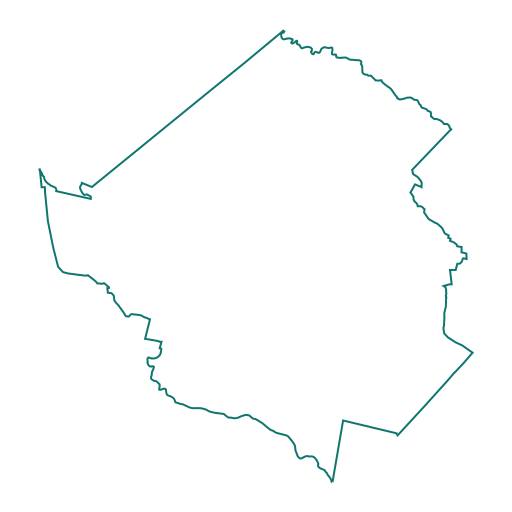 the district of Doctor González, Nuevo León, Mexico
{"feature_id": "50627088B24522967605767", "entity_name": "Doctor González", "entity_type": "district", "adm_level": 2, "iso_a3": "MEX", "parent_name": "Mexico", "parent_adm1": "Nuevo León", "projection": "mercator", "projection_center": [-99.796, 25.845], "detail": "fine", "context": "isolated", "style": "outline", "palette": "teal", "viewbox_px": 512, "rotation_deg": 0, "n_neighbors": 0, "source": "geoboundaries", "source_scale": "gbopen_adm2", "svg_char_len": 5929}
<svg xmlns="http://www.w3.org/2000/svg" viewBox="0 0 512 512"><path d="M451.2,129.4L449.8,127.9L449.2,125.9L447.7,124.3L446.8,124.0L444.0,124.0L443.1,122.8L442.1,121.7L439.9,120.2L437.0,119.1L436.0,118.9L434.5,119.1L433.2,118.3L432.7,117.7L431.0,116.4L430.9,112.8L430.6,112.0L429.8,111.6L427.7,110.8L426.7,109.5L426.2,109.1L421.7,107.5L421.3,107.0L420.7,105.3L419.4,104.2L417.6,100.5L416.2,99.9L414.4,99.8L413.6,99.4L411.8,98.0L410.4,97.5L406.9,97.7L404.9,98.5L401.4,99.3L400.2,99.4L399.0,99.3L398.3,98.5L397.5,98.5L397.4,98.4L396.8,96.7L395.6,95.6L391.6,89.8L390.6,88.6L389.4,87.6L387.3,86.3L386.1,85.2L384.6,84.2L382.0,81.8L381.7,81.2L381.4,80.3L380.5,80.2L379.3,80.6L377.7,80.6L376.5,80.4L375.5,80.4L374.4,79.0L373.6,78.4L372.1,76.9L371.4,75.9L370.3,75.7L368.2,75.6L367.1,74.7L365.4,74.7L363.5,73.8L363.0,73.3L362.5,72.5L362.3,70.1L362.3,67.9L362.1,66.0L361.7,65.1L360.9,64.0L361.4,62.5L361.2,61.6L360.9,61.1L360.6,60.9L358.6,60.1L357.2,60.2L356.0,60.1L354.8,60.1L353.3,59.8L351.4,59.8L349.9,59.6L349.4,59.4L347.8,58.5L345.7,57.5L342.3,57.7L341.6,57.6L340.5,58.0L339.7,57.9L338.6,57.6L337.3,57.6L336.9,57.5L336.5,57.2L336.3,56.9L336.1,56.0L336.1,55.0L336.0,54.7L335.5,54.5L333.1,54.6L332.3,54.3L332.0,54.0L331.9,53.3L332.4,50.2L332.4,48.2L332.1,47.8L331.3,47.5L330.5,47.6L329.2,48.1L326.2,47.6L324.8,47.2L323.8,47.4L321.8,48.5L321.4,48.9L319.8,52.3L319.5,52.6L318.4,52.9L317.0,52.2L315.7,51.9L315.1,52.0L314.5,52.3L313.7,54.0L313.3,54.2L312.8,54.2L312.1,53.8L311.7,53.2L311.0,51.8L311.0,51.5L311.9,50.5L311.9,49.5L311.8,48.7L311.6,48.5L310.7,47.6L309.3,47.1L307.3,46.8L303.8,47.6L302.3,48.3L301.6,48.2L301.3,48.0L300.6,47.1L299.5,45.0L299.0,44.7L297.7,44.4L296.9,43.7L297.2,41.4L297.0,40.8L296.2,40.9L294.4,42.6L292.7,43.4L292.1,43.5L291.5,43.2L291.3,42.8L291.6,41.7L292.4,40.7L292.7,40.0L292.5,39.4L292.2,39.1L289.5,38.4L288.1,38.4L287.6,38.6L286.8,38.6L284.3,39.3L283.7,39.3L282.4,38.7L281.8,37.9L281.5,37.2L281.3,36.1L281.1,33.5L281.2,33.4L283.4,32.6L284.2,31.9L284.3,31.7L284.3,31.4L283.9,31.0L283.3,30.7L244.4,63.0L208.3,92.2L91.9,187.0L81.8,182.9L81.7,184.1L80.2,186.5L80.0,187.6L80.6,189.7L82.0,192.4L83.9,194.8L85.3,194.8L86.8,194.4L90.3,196.2L90.9,197.0L90.8,198.9L56.2,191.1L56.3,189.9L56.1,188.9L55.9,188.4L55.3,187.6L50.5,185.4L49.4,184.4L48.1,183.7L45.9,181.6L44.5,179.3L43.9,176.7L42.5,175.4L42.0,173.7L41.6,172.8L40.5,171.1L39.4,168.5L39.7,170.7L40.1,171.8L41.6,187.2L44.9,187.2L45.1,192.8L47.9,221.2L53.3,247.9L58.1,266.8L63.0,272.1L67.7,273.4L77.5,274.7L85.0,275.6L87.8,275.5L88.0,275.3L94.2,280.1L96.0,281.7L96.9,282.9L97.4,283.4L99.3,283.5L102.0,283.8L103.8,283.3L104.3,283.3L108.9,287.2L109.0,287.5L109.1,287.9L109.0,288.0L107.3,288.3L107.9,292.7L111.5,293.2L113.6,295.4L113.8,296.0L114.3,300.2L115.4,302.1L118.6,305.5L120.2,307.9L121.3,309.1L121.4,309.7L122.9,311.4L125.2,315.2L125.9,316.2L128.7,316.6L130.9,314.3L131.2,314.2L132.2,314.2L137.8,314.8L141.2,315.4L143.8,317.0L146.3,317.8L148.5,318.8L150.0,319.3L145.1,338.8L157.3,340.9L159.1,341.4L159.2,341.7L161.5,341.8L159.7,348.3L161.1,348.6L161.1,349.0L161.3,349.4L161.2,350.4L160.6,353.5L159.5,355.5L158.1,356.8L157.2,357.4L155.9,358.0L154.3,358.4L151.9,358.5L150.0,358.0L149.3,357.6L148.2,357.6L147.8,358.1L147.5,358.8L147.4,359.4L147.7,361.8L147.7,362.2L147.4,362.6L148.1,364.5L148.9,365.7L149.6,366.2L150.8,366.6L151.3,366.6L151.8,366.3L152.8,366.3L153.6,366.5L153.9,366.8L153.8,367.5L153.3,369.1L152.1,371.8L151.7,374.3L151.7,375.3L151.1,376.8L151.0,377.8L151.2,378.5L151.4,379.0L152.3,379.8L153.9,380.8L155.7,381.0L157.1,381.9L159.4,384.1L159.6,384.6L159.7,386.4L159.2,388.7L159.2,389.3L159.3,389.7L159.9,389.8L160.8,389.7L163.3,388.8L164.0,388.7L165.3,388.9L165.8,389.4L166.0,390.2L166.3,392.7L166.6,393.7L167.2,394.9L168.3,395.5L171.6,396.8L173.4,398.1L174.2,399.1L175.5,402.3L181.0,404.1L182.6,404.2L188.8,407.1L190.6,407.8L193.2,408.2L198.1,408.1L201.5,408.3L206.2,409.6L207.7,410.6L209.0,411.2L210.5,411.8L212.9,412.4L215.5,412.9L223.5,413.9L224.4,414.4L224.8,414.9L227.3,416.8L228.6,417.6L230.9,417.6L233.6,418.2L235.8,418.2L237.7,417.8L241.3,416.2L243.9,415.4L244.9,415.0L246.4,414.9L249.0,415.3L253.0,418.6L255.3,419.0L257.3,420.0L262.4,423.2L267.3,427.4L270.2,429.6L271.5,430.3L272.3,430.5L274.0,431.3L274.6,431.9L276.5,432.9L285.7,435.2L287.1,435.7L288.5,436.7L289.1,437.4L289.8,438.5L290.6,439.2L292.3,441.4L294.3,444.3L294.9,445.7L295.2,447.4L295.5,450.7L296.0,451.7L297.6,456.0L298.3,457.0L299.5,458.1L300.4,458.5L301.8,458.3L302.6,457.9L303.1,457.4L304.2,457.0L305.6,456.3L306.4,456.1L308.0,456.2L309.1,456.5L312.0,456.4L313.3,456.8L314.5,457.6L316.4,459.7L318.2,463.3L318.3,464.3L318.0,465.1L318.1,465.9L318.3,466.6L318.9,467.1L319.3,467.7L320.1,468.2L324.7,470.2L325.1,471.2L327.0,473.3L327.8,475.0L328.9,476.3L330.2,478.1L331.2,480.2L331.5,481.3L332.1,480.5L332.7,480.9L343.1,420.5L396.5,433.3L396.5,433.5L397.6,435.4L425.3,405.3L446.6,381.7L454.1,373.0L454.6,372.6L463.5,363.2L472.6,352.7L462.2,345.4L455.7,342.4L447.9,337.4L444.2,333.4L443.4,328.2L443.5,327.3L444.0,326.0L444.4,317.1L444.3,312.9L445.9,306.5L446.1,297.9L446.4,297.5L445.8,296.0L446.4,293.1L446.0,291.3L446.2,290.0L445.5,287.3L443.6,286.0L449.4,284.3L451.7,284.3L450.0,270.0L451.2,270.1L451.9,269.9L455.7,270.0L457.3,263.8L458.2,263.8L460.3,263.4L461.8,261.6L462.6,259.2L463.2,258.3L466.6,259.0L466.3,253.5L461.5,252.3L461.6,247.0L457.2,246.3L456.7,244.7L456.3,244.2L453.7,242.3L450.0,240.8L450.6,238.7L448.2,237.8L448.7,235.4L445.5,233.9L444.7,233.3L442.3,228.3L440.6,226.6L438.3,224.5L436.6,223.3L435.5,223.0L428.7,219.1L424.1,212.4L424.5,209.1L424.1,209.0L422.5,207.2L421.5,206.6L420.6,206.3L417.7,206.2L417.6,205.2L416.8,203.6L416.1,202.8L414.6,201.4L413.9,200.2L413.5,198.9L413.5,196.9L410.4,192.4L411.9,190.2L414.8,184.6L415.0,184.4L418.6,185.9L420.3,186.5L421.5,187.2L421.7,182.8L421.0,181.3L420.3,180.2L418.2,177.6L417.2,176.7L413.3,174.2L412.9,173.3L412.2,169.8L444.8,135.8L449.3,131.1L451.2,129.4Z" fill="none" stroke="#0f766e" stroke-width="2"/></svg>